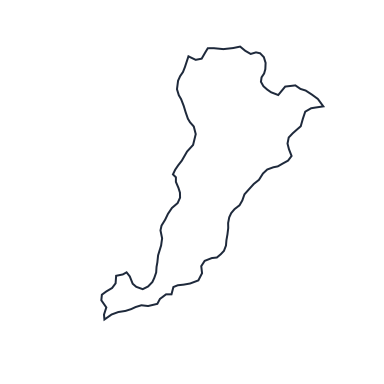 Iracemápolis, São Paulo, Brazil (Robinson projection), rotated 30°
{"feature_id": "56859067B21577616213228", "entity_name": "Iracemápolis", "entity_type": "district", "adm_level": 2, "iso_a3": "BRA", "parent_name": "Brazil", "parent_adm1": "São Paulo", "projection": "robinson", "projection_center": [-47.523, -22.617], "detail": "fine", "context": "isolated", "style": "outline", "palette": "slate", "viewbox_px": 384, "rotation_deg": 30, "n_neighbors": 0, "source": "geoboundaries", "source_scale": "gbopen_adm2", "svg_char_len": 1791}
<svg xmlns="http://www.w3.org/2000/svg" viewBox="0 0 384 384"><g transform="rotate(30 192 192)"><path d="M247.2,47.7L239.7,47.3L234.4,48.5L228.2,48.0L220.0,54.1L218.2,64.9L210.6,66.1L206.0,65.7L201.0,64.7L196.6,62.1L194.9,57.9L195.2,53.3L194.1,49.0L191.2,43.4L186.8,39.3L181.6,37.8L177.6,39.1L173.8,43.1L167.5,43.1L161.0,42.0L155.6,46.8L147.7,52.6L139.1,56.5L133.8,59.6L133.7,64.4L133.7,71.7L129.1,75.7L121.1,76.3L123.4,87.3L124.2,92.6L123.8,97.6L124.3,102.6L127.6,110.5L132.2,114.8L136.1,117.0L141.8,121.6L146.5,126.0L151.8,130.6L155.4,132.6L160.8,134.4L166.3,140.0L169.4,150.7L167.5,159.4L167.5,170.0L166.7,175.7L166.3,181.0L166.7,186.3L170.7,187.3L173.0,191.3L178.2,195.2L181.9,198.6L184.5,202.9L185.1,208.8L182.6,215.8L182.1,222.9L182.6,229.4L182.4,236.3L183.9,241.0L189.3,247.1L192.0,253.8L194.3,263.8L197.2,270.3L198.7,274.5L201.2,279.6L202.3,285.3L202.7,289.8L201.2,295.8L197.9,300.8L191.1,302.0L186.5,301.1L180.3,296.2L175.5,294.3L173.3,298.0L168.2,302.5L171.5,309.3L170.8,315.1L167.5,321.0L165.3,326.0L167.6,331.1L175.5,334.8L177.1,342.2L179.9,346.2L183.6,338.3L188.2,332.8L193.9,328.2L197.9,323.8L200.7,319.8L204.8,315.4L211.0,312.7L217.9,306.2L217.7,300.6L220.7,293.6L225.4,290.9L223.4,283.6L226.3,279.9L231.1,276.4L236.1,272.2L241.7,265.4L241.3,257.3L237.1,251.6L237.4,245.3L242.2,239.3L246.3,236.3L248.0,231.6L249.1,227.0L248.2,221.4L245.9,216.5L243.9,211.0L241.4,205.1L238.8,200.8L236.9,195.3L236.5,190.6L237.4,185.6L239.8,179.7L239.8,174.2L238.6,167.8L239.9,161.5L241.5,154.1L243.9,148.0L244.2,140.5L245.9,134.9L250.1,129.9L253.5,126.9L256.4,121.9L259.5,116.8L260.2,111.0L254.5,106.4L250.5,102.3L248.5,96.4L249.9,90.7L251.4,86.2L253.3,80.7L251.4,73.2L249.9,65.8L253.3,59.9L256.6,57.2L262.9,52.2L254.5,48.5L247.2,47.7Z" fill="none" stroke="#1e293b" stroke-width="2"/></g></svg>